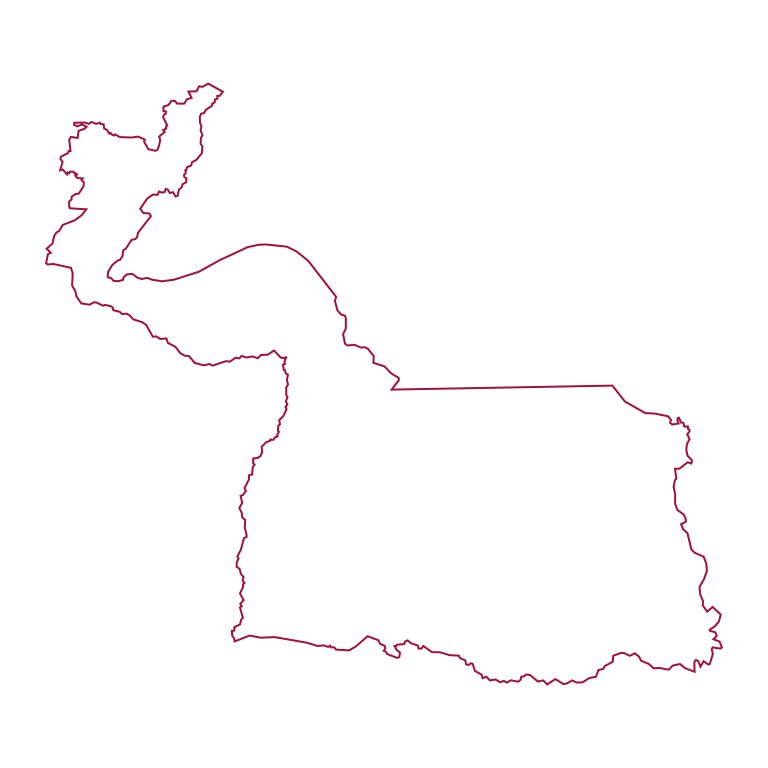 Ipiales, Nariño, Colombia
{"feature_id": "7082276B52108893597118", "entity_name": "Ipiales", "entity_type": "district", "adm_level": 2, "iso_a3": "COL", "parent_name": "Colombia", "parent_adm1": "Nariño", "projection": "orthographic", "projection_center": [-77.531, 0.632], "detail": "fine", "context": "isolated", "style": "outline", "palette": "rose", "viewbox_px": 768, "rotation_deg": 0, "n_neighbors": 0, "source": "geoboundaries", "source_scale": "gbopen_adm2", "svg_char_len": 6047}
<svg xmlns="http://www.w3.org/2000/svg" viewBox="0 0 768 768"><path d="M208.2,83.6L202.6,86.8L199.0,86.3L196.5,91.3L188.4,91.5L191.6,97.9L187.0,99.3L184.2,103.6L177.1,103.6L174.9,100.9L171.4,100.9L168.5,105.0L163.5,106.6L163.5,111.1L165.8,111.3L165.8,113.7L164.3,114.2L163.0,116.8L167.2,125.5L165.9,126.7L166.2,128.6L163.1,130.0L164.7,132.0L159.1,136.6L160.2,140.0L159.1,145.4L157.5,149.7L155.6,150.8L148.3,149.2L144.1,141.7L144.8,139.6L138.1,136.6L131.6,137.5L120.0,137.1L115.0,134.4L114.1,135.5L112.5,135.0L110.6,133.0L109.5,133.8L106.9,129.9L104.2,128.5L103.6,124.3L100.4,123.9L99.8,122.7L96.2,123.8L91.2,122.0L88.9,123.9L84.6,122.5L74.3,122.8L74.0,124.8L77.6,126.4L81.8,124.4L86.6,126.8L84.5,128.8L78.6,130.8L77.6,138.0L70.9,136.9L69.2,139.7L70.5,151.0L68.5,151.1L68.3,152.9L60.9,156.7L60.5,159.1L62.6,161.9L60.1,170.3L62.7,169.5L67.0,174.5L67.8,172.4L69.3,173.3L70.1,171.6L73.6,171.8L74.5,173.6L75.7,173.2L77.1,174.6L75.4,175.8L77.3,178.1L82.7,178.4L81.5,180.0L83.8,182.3L83.6,186.1L78.7,193.7L75.5,194.0L71.7,196.7L71.5,199.4L69.1,201.7L69.2,206.7L70.0,208.3L86.3,209.3L81.9,215.0L75.2,220.1L62.8,224.9L59.2,230.9L56.4,232.5L54.0,236.5L52.5,243.6L46.6,248.7L50.8,252.8L47.9,254.2L46.1,263.2L47.7,264.5L53.5,264.0L71.0,267.8L72.7,273.4L72.1,285.5L75.3,291.1L76.4,296.4L81.3,303.4L89.4,304.7L94.1,302.3L96.5,302.5L103.0,305.7L105.2,304.9L110.8,306.2L112.5,307.3L113.4,310.2L119.7,311.8L122.1,314.1L126.3,313.6L129.3,315.1L133.3,319.3L142.1,322.2L146.1,324.8L152.8,336.7L156.5,336.4L160.1,339.0L166.4,338.4L167.9,342.9L175.4,346.8L180.3,353.2L184.5,355.6L189.0,356.1L194.7,362.9L203.9,365.3L209.4,364.0L212.5,365.6L225.9,361.2L230.0,361.6L235.6,357.7L239.4,358.4L241.6,355.8L246.1,357.5L252.5,356.5L257.8,358.2L260.9,355.0L267.8,354.7L274.0,350.5L280.9,357.7L284.9,358.1L286.5,356.6L284.5,361.5L284.9,364.0L283.0,364.6L283.8,370.0L285.1,370.4L285.7,373.4L287.9,374.7L286.9,380.0L288.0,384.5L286.2,387.5L286.3,395.2L287.5,397.0L285.9,401.7L287.4,404.6L285.5,406.8L286.5,409.3L283.2,416.2L279.2,420.1L280.0,424.3L278.3,425.8L277.9,430.7L278.9,431.9L277.0,435.2L277.5,436.5L274.9,437.5L273.4,439.8L270.5,439.5L270.5,440.6L266.2,442.2L261.6,446.9L262.2,452.1L260.4,456.1L257.8,457.9L253.2,458.5L253.1,462.9L254.6,464.8L252.8,466.8L252.1,474.4L248.9,475.4L249.0,479.4L244.5,488.0L245.9,491.0L242.9,495.0L240.6,495.8L242.2,502.8L239.3,508.1L241.8,513.0L242.1,517.3L245.2,520.0L244.8,527.3L246.7,535.8L246.5,537.0L244.0,538.1L240.9,549.6L237.3,556.6L238.6,558.6L236.7,562.5L236.6,566.8L239.5,568.7L240.9,573.9L243.5,577.0L242.6,580.8L244.6,582.8L243.0,584.3L243.1,586.9L240.0,593.4L243.6,600.1L240.3,603.8L241.8,606.3L240.0,607.3L242.8,617.9L241.2,619.6L240.0,624.4L234.3,627.2L234.3,630.6L231.8,630.8L232.3,636.0L234.2,638.4L234.6,641.4L249.5,635.6L261.2,637.7L274.7,637.1L306.9,642.7L317.6,646.0L323.6,645.4L328.2,646.9L330.1,645.7L330.9,647.4L334.0,647.2L336.1,649.6L349.0,650.4L355.7,646.6L367.6,636.2L378.1,640.1L380.2,643.9L384.8,645.9L385.4,648.2L383.8,650.9L386.3,652.0L386.9,653.9L397.0,657.9L399.3,657.0L400.0,652.6L396.2,649.4L394.6,646.0L396.3,646.0L397.0,644.7L404.1,644.1L405.3,641.3L407.6,640.4L410.9,643.2L417.7,645.5L418.6,648.6L421.5,648.5L423.3,646.0L431.9,652.1L440.2,652.3L449.5,655.2L458.7,655.6L460.2,658.2L465.3,660.4L466.1,664.4L468.5,665.0L470.7,663.4L472.6,663.7L474.9,670.9L481.6,674.7L482.6,678.2L486.3,676.7L489.9,680.4L495.6,679.5L500.2,682.3L503.8,680.9L507.0,682.6L510.9,680.3L518.1,681.7L520.6,679.8L521.3,676.7L523.6,676.5L526.1,674.5L530.2,675.1L537.8,681.5L543.1,680.4L547.2,684.4L555.3,679.1L563.5,684.1L567.0,683.4L572.2,680.4L576.9,682.6L582.6,682.3L589.4,678.0L595.9,676.8L598.5,670.0L603.1,669.0L604.7,666.1L612.7,661.8L613.3,655.7L621.0,652.9L624.2,653.1L629.7,655.8L634.9,653.4L639.1,656.7L641.0,660.7L648.9,664.0L653.6,668.3L659.8,668.0L668.7,669.7L672.9,665.5L680.1,664.0L685.2,668.2L694.6,671.8L694.3,662.2L695.9,659.9L698.2,661.1L700.5,666.7L703.6,661.2L708.3,664.5L709.7,664.1L712.9,653.8L711.7,649.3L712.6,647.4L720.3,648.6L721.9,647.5L719.6,641.6L713.4,639.2L716.7,636.0L715.4,632.3L710.1,630.9L709.6,629.8L714.8,626.3L719.0,621.4L720.7,614.5L712.6,607.0L707.2,611.6L702.8,605.5L703.0,601.1L700.2,594.5L699.5,586.9L703.8,579.5L706.9,571.0L706.3,563.6L703.6,556.7L694.9,552.9L691.4,549.5L687.4,533.0L683.1,529.3L681.1,524.2L686.0,521.6L685.4,517.7L683.4,514.3L677.4,509.9L675.1,503.6L675.2,494.3L673.6,486.8L674.9,480.3L676.3,478.6L675.0,468.8L679.5,468.6L687.8,462.2L691.0,463.6L691.9,462.2L691.6,459.8L687.5,455.7L686.3,449.9L686.9,444.2L689.6,439.0L687.2,434.4L689.5,431.5L689.4,429.5L687.9,428.9L687.9,426.5L684.2,426.5L683.4,422.8L681.1,422.6L679.0,417.7L677.6,418.1L677.4,420.2L678.6,423.5L672.2,424.5L670.0,422.7L671.0,419.9L668.2,416.3L654.3,413.5L645.2,413.1L624.9,401.5L612.4,385.6L391.6,389.6L398.8,380.3L398.7,377.9L391.2,373.4L384.4,366.3L373.4,362.9L373.7,356.0L367.9,348.7L364.7,347.2L361.0,347.6L354.5,344.8L347.5,345.5L345.0,343.7L343.1,334.1L345.8,328.6L345.8,318.4L345.1,315.8L340.9,314.4L337.5,310.5L334.9,301.0L336.1,296.8L308.3,260.9L296.6,251.5L287.0,246.7L266.4,244.5L259.1,244.7L247.8,247.1L220.0,260.0L199.0,271.7L174.0,279.7L162.3,281.3L152.0,279.7L147.4,277.9L141.5,279.0L137.3,277.6L132.3,273.9L126.9,274.4L123.5,277.4L123.2,279.7L118.6,281.2L113.6,280.9L111.3,278.2L107.7,277.2L108.0,272.1L112.0,265.3L117.5,260.6L120.0,259.9L122.5,255.9L123.3,250.2L125.8,248.8L131.5,239.9L135.2,239.1L137.0,237.3L138.0,232.8L150.9,216.1L149.4,213.5L143.3,213.0L140.2,208.8L147.0,198.8L152.8,194.6L157.6,194.8L159.0,191.6L162.3,192.6L164.8,191.9L165.7,188.9L167.6,189.5L169.9,193.1L172.9,192.1L175.6,196.5L177.6,195.9L178.8,189.8L181.6,187.3L182.6,184.2L186.0,182.4L186.5,178.5L184.4,177.2L183.9,175.0L185.8,173.0L185.3,170.3L186.4,170.1L186.9,167.3L191.1,165.5L192.1,162.1L196.4,159.9L201.8,153.3L202.4,146.5L200.6,143.8L200.9,138.0L202.5,135.1L200.6,130.6L201.4,126.1L200.0,123.0L199.8,116.7L201.2,113.7L204.0,113.1L206.0,109.7L212.2,105.6L212.2,103.8L214.7,102.3L214.8,99.6L217.4,98.7L217.3,96.0L219.6,95.9L222.9,91.8L208.2,83.6Z" fill="none" stroke="#9f1239" stroke-width="2"/></svg>